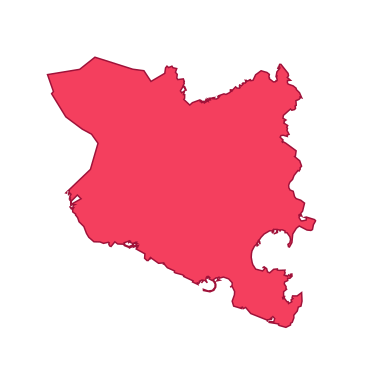 Randaberg nor, Rogaland, Norway, rotated 170°
{"feature_id": "86288312B80966124868443", "entity_name": "Randaberg nor", "entity_type": "district", "adm_level": 2, "iso_a3": "NOR", "parent_name": "Norway", "parent_adm1": "Rogaland", "projection": "albers", "projection_center": [5.609, 59.004], "detail": "fine", "context": "isolated", "style": "filled", "palette": "rose", "viewbox_px": 384, "rotation_deg": 170, "n_neighbors": 0, "source": "geoboundaries", "source_scale": "gbopen_adm2", "svg_char_len": 5970}
<svg xmlns="http://www.w3.org/2000/svg" viewBox="0 0 384 384"><g transform="rotate(170 192 192)"><path d="M313.4,215.0L312.6,214.6L314.3,210.2L312.6,212.3L311.5,210.8L313.4,208.2L312.8,207.4L313.9,206.5L313.0,205.8L313.6,205.2L313.0,204.3L313.7,200.1L313.3,199.9L312.5,203.9L305.4,208.9L302.4,204.6L311.5,201.4L311.6,200.4L309.8,199.9L311.4,199.5L311.8,197.2L313.5,197.1L315.0,199.1L313.8,196.3L311.5,196.7L312.7,195.3L312.9,193.1L310.4,190.4L310.7,189.6L309.1,186.6L308.4,182.3L304.5,176.8L303.1,169.5L301.5,165.3L297.2,160.0L291.2,158.8L288.1,156.8L283.1,157.0L282.3,156.3L283.0,155.2L282.5,153.2L281.2,152.4L276.6,156.3L274.2,153.7L268.5,152.5L267.9,151.0L264.2,148.7L263.8,149.3L267.2,151.4L267.6,153.8L263.3,154.5L263.1,153.5L262.2,154.8L261.1,154.1L261.7,153.2L259.3,151.6L259.7,150.1L262.7,149.3L263.1,147.8L259.3,148.9L258.8,151.6L256.5,152.2L257.0,151.4L255.9,151.6L256.7,150.9L255.5,151.5L256.6,150.6L255.9,150.9L255.5,150.8L256.2,150.6L255.6,149.4L258.6,148.9L259.1,147.9L254.1,148.6L255.3,146.8L256.5,147.5L255.9,146.7L256.9,145.6L249.1,139.3L250.2,135.0L248.2,132.3L247.0,132.1L243.8,135.2L244.5,133.5L243.4,133.8L237.3,127.6L232.1,127.1L231.7,126.0L233.3,126.4L231.7,125.5L229.4,121.7L222.9,117.3L223.3,116.0L222.6,115.3L215.7,112.1L214.4,110.7L214.8,110.2L206.4,104.3L207.1,103.3L202.2,99.9L202.4,101.5L201.1,100.9L199.7,102.3L200.1,102.8L197.5,103.6L196.1,103.1L198.5,100.8L196.0,102.9L194.5,102.6L192.7,99.9L193.8,103.0L192.7,105.3L191.4,105.0L192.3,104.2L191.0,104.9L191.6,106.1L190.6,106.1L189.3,104.6L190.2,103.4L186.3,100.5L185.2,97.3L185.9,94.1L189.0,91.5L193.3,91.7L197.7,94.2L197.8,93.0L191.6,90.6L187.6,91.4L185.2,94.1L184.6,96.6L184.9,99.3L186.5,101.8L183.1,103.3L182.0,103.1L181.8,101.4L182.9,100.2L179.9,100.3L181.6,101.5L181.7,103.1L180.2,103.5L179.9,102.4L175.8,102.8L171.0,100.1L168.2,95.7L168.7,92.9L170.9,91.7L168.9,92.2L167.3,86.6L168.1,83.3L171.4,77.5L170.8,72.4L163.7,68.8L163.6,69.7L162.3,69.8L161.9,68.2L159.2,69.0L155.2,62.1L140.5,53.0L140.0,51.2L140.0,53.1L136.9,52.9L137.1,53.4L136.5,53.7L135.8,52.9L135.4,53.5L136.1,54.1L134.0,55.3L132.5,53.0L134.1,49.9L138.4,51.0L138.7,50.2L129.6,47.0L129.9,46.1L129.3,45.4L123.0,42.4L118.1,43.9L117.7,45.6L115.9,46.3L113.5,50.4L113.2,52.9L109.0,56.5L107.3,60.2L104.5,60.7L102.6,65.4L101.5,73.9L106.5,71.4L111.0,72.2L111.9,70.3L111.1,69.4L113.2,68.5L112.8,66.6L116.3,65.4L116.4,67.3L117.5,67.4L119.3,70.9L121.0,71.0L121.1,72.4L119.4,72.2L118.9,73.1L119.9,73.6L119.1,77.9L115.7,79.8L116.2,80.7L115.8,82.5L117.1,85.5L116.4,87.3L113.1,88.2L112.9,90.3L110.6,90.0L108.1,91.7L107.9,93.9L109.3,93.9L109.7,91.8L111.3,93.6L112.7,92.3L114.0,93.6L115.2,93.1L114.6,93.4L115.7,94.2L114.3,96.2L114.7,97.4L114.0,98.9L119.8,99.7L121.5,100.3L121.3,101.4L125.0,101.7L129.5,98.9L131.5,100.2L131.8,103.6L134.0,105.8L135.7,105.1L133.9,105.3L133.5,103.9L136.2,102.0L142.7,105.0L144.7,109.8L145.0,112.3L145.0,117.4L144.1,121.1L143.1,123.7L139.9,127.8L137.6,129.3L137.2,128.7L137.2,129.6L136.4,128.8L136.9,128.1L136.0,128.3L136.9,130.0L135.2,132.5L134.0,128.8L134.0,131.5L134.6,132.5L131.9,135.4L128.3,138.1L122.1,140.4L120.0,139.7L118.3,140.9L120.3,137.6L118.6,138.6L118.0,141.0L114.6,140.3L116.0,137.3L118.9,136.5L114.9,137.3L114.4,140.2L112.2,139.3L112.1,137.8L111.6,139.3L109.7,139.1L107.2,137.5L107.4,135.8L105.5,135.4L103.4,131.0L103.2,128.1L104.5,124.9L106.6,123.8L106.5,121.4L105.6,120.9L102.4,124.8L100.1,133.1L95.5,138.2L92.3,139.9L85.4,134.6L81.6,133.5L79.9,134.1L78.1,138.7L75.6,141.7L75.3,142.4L76.2,143.6L83.8,147.5L85.3,147.4L83.7,146.4L84.5,144.5L88.7,144.4L89.7,144.8L91.0,148.1L90.6,149.4L89.5,149.6L90.7,150.7L90.2,151.2L88.1,149.3L88.7,151.9L86.4,154.0L83.1,161.5L86.3,165.0L90.6,167.4L91.8,169.6L92.2,175.1L95.1,177.0L95.9,179.4L95.6,182.0L94.0,184.6L90.8,186.9L88.6,190.6L83.9,194.8L82.9,194.1L81.4,195.8L81.4,197.0L79.6,198.4L80.5,204.0L84.8,209.1L83.9,209.5L82.3,214.5L91.1,223.7L93.4,225.6L94.2,225.2L94.5,226.0L93.3,227.4L95.7,230.7L94.6,232.1L92.4,232.1L88.5,230.2L88.5,231.5L86.4,231.9L87.8,236.2L86.9,238.1L87.5,239.3L86.2,240.8L89.6,244.0L88.7,245.2L89.0,245.9L87.0,246.6L89.6,248.9L88.7,251.6L80.6,256.6L79.5,255.2L76.7,255.4L75.5,256.4L75.6,258.7L74.3,259.2L73.8,263.9L70.7,264.6L69.4,265.4L69.1,266.8L67.6,265.8L68.9,271.1L71.4,274.7L71.5,276.2L74.0,279.0L78.5,281.5L79.1,283.1L78.6,285.2L75.6,284.9L78.3,288.3L76.7,289.8L76.8,292.2L82.3,302.3L83.5,302.5L84.3,301.2L84.0,299.8L85.2,300.1L86.0,298.9L84.5,298.2L87.5,295.6L89.1,291.3L88.3,291.4L88.8,290.1L88.6,287.6L89.3,286.7L90.4,287.4L89.9,286.7L90.9,286.1L92.7,286.3L96.2,290.1L95.9,291.1L96.3,292.0L95.4,294.4L97.4,296.7L102.9,299.4L109.0,296.4L112.5,291.4L114.7,291.4L115.2,293.1L115.5,291.2L115.7,292.4L118.0,291.6L119.8,293.0L118.5,291.2L120.0,292.4L119.8,290.7L120.6,290.1L122.8,290.5L123.5,290.0L122.9,289.5L124.9,288.0L126.4,289.1L126.9,288.3L126.6,286.4L127.3,286.0L129.6,286.5L130.8,288.0L134.3,285.4L137.1,286.1L134.7,284.9L135.4,284.2L136.6,284.7L137.2,283.5L141.6,282.2L143.5,283.1L149.5,282.1L147.9,281.7L149.1,280.6L149.2,281.3L149.8,281.5L149.4,280.5L151.7,279.3L154.7,280.1L153.5,281.1L155.0,281.2L155.4,280.0L155.4,280.9L157.9,281.2L157.4,280.6L157.7,279.8L158.7,281.2L158.3,280.1L159.6,280.7L158.9,279.7L159.9,279.1L161.1,280.1L160.7,278.8L163.0,280.7L161.3,278.8L164.4,277.5L164.7,278.6L162.8,279.2L166.9,278.3L167.6,279.3L166.8,279.6L168.0,279.8L167.3,280.6L168.3,281.3L176.1,279.9L179.1,278.0L184.0,284.6L183.0,285.6L182.3,289.1L183.5,289.4L181.7,292.9L184.9,291.5L185.9,293.6L182.5,297.4L181.6,296.6L180.7,293.4L180.1,293.4L181.0,297.1L182.4,298.0L180.7,300.5L181.0,301.6L180.4,302.1L180.9,304.9L186.5,305.2L187.2,306.9L186.1,310.4L187.5,312.8L185.6,316.2L189.2,317.7L189.9,319.4L193.4,318.6L194.8,320.3L196.5,318.8L198.2,313.6L213.2,308.0L218.3,319.8L229.0,323.2L264.2,341.6L281.3,332.3L313.9,332.7L311.0,315.0L313.2,313.2L303.2,287.9L289.2,273.0L280.9,266.4L276.1,256.3L288.1,231.9L313.4,215.0ZM316.4,213.0L315.7,212.7L315.4,213.7L316.4,213.0Z" fill="#f43f5e" stroke="#9f1239" stroke-width="1.5"/></g></svg>